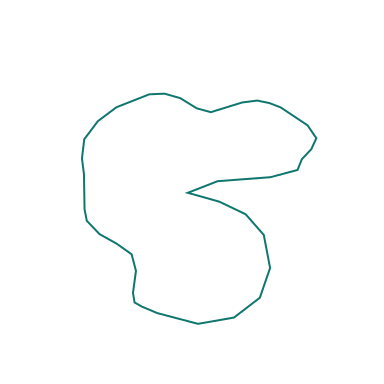 SVG path tracing the border of Eckerö, rotated 307°
{"feature_id": "ALD-4812", "entity_name": "Eckerö", "entity_type": "state/province", "adm_level": 1, "iso_a3": "ALA", "parent_name": "Aland", "parent_adm1": "", "projection": "equal_earth", "projection_center": [19.596, 60.195], "detail": "fine", "context": "isolated", "style": "outline", "palette": "teal", "viewbox_px": 384, "rotation_deg": 307, "n_neighbors": 0, "source": "natural_earth", "source_scale": "10m", "svg_char_len": 634}
<svg xmlns="http://www.w3.org/2000/svg" viewBox="0 0 384 384"><g transform="rotate(307 192 192)"><path d="M261.7,145.5L267.1,159.0L293.7,178.2L304.3,189.1L309.6,200.3L312.9,211.8L314.8,244.1L309.8,258.9L298.1,261.5L284.3,260.0L273.1,263.0L251.0,245.7L216.0,205.9L188.8,189.1L200.7,219.6L206.5,248.3L200.9,275.2L178.3,300.1L148.4,309.8L117.0,301.1L90.3,276.1L74.4,237.2L70.3,221.0L69.2,212.6L75.9,205.6L95.3,194.7L105.9,181.3L105.4,163.2L102.7,143.5L105.7,125.3L113.5,116.6L141.2,95.0L152.6,83.9L169.3,74.2L192.0,74.2L214.3,80.7L244.3,99.1L254.0,110.9L259.9,126.2L261.7,145.5Z" fill="none" stroke="#0f766e" stroke-width="2"/></g></svg>